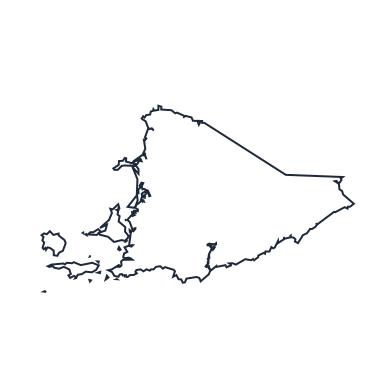 the district of Circular Head, Tasmania, Australia, rotated 263°
{"feature_id": "25037944B64479708811178", "entity_name": "Circular Head", "entity_type": "district", "adm_level": 2, "iso_a3": "AUS", "parent_name": "Australia", "parent_adm1": "Tasmania", "projection": "equal_earth", "projection_center": [144.855, -41.02], "detail": "fine", "context": "isolated", "style": "outline", "palette": "slate", "viewbox_px": 384, "rotation_deg": 263, "n_neighbors": 0, "source": "geoboundaries", "source_scale": "gbopen_adm2", "svg_char_len": 5992}
<svg xmlns="http://www.w3.org/2000/svg" viewBox="0 0 384 384"><g transform="rotate(263 192 192)"><path d="M277.4,164.6L278.9,163.8L277.3,163.2L276.9,160.9L274.0,159.9L273.9,156.0L271.7,154.0L273.1,152.7L270.9,151.0L267.7,154.7L259.9,156.6L260.1,159.9L257.7,161.6L259.8,159.6L259.7,155.9L251.8,151.9L250.2,153.9L250.8,152.5L249.1,151.6L249.6,150.6L240.5,150.9L235.2,147.6L236.3,150.6L234.5,148.9L234.2,149.9L230.0,150.9L233.8,149.8L234.7,147.0L229.7,137.8L228.6,136.8L231.1,145.0L228.7,145.7L229.5,143.4L226.5,141.1L226.0,137.9L226.9,138.6L230.3,130.1L233.4,130.8L234.0,129.5L231.4,127.2L231.6,123.3L227.8,122.5L225.0,116.8L223.5,117.6L223.1,121.1L226.4,125.3L226.6,128.1L224.6,139.8L221.3,141.7L216.6,141.1L224.3,135.9L211.3,139.4L196.7,137.0L197.2,138.7L201.1,139.1L202.5,141.1L204.6,140.8L207.4,143.0L206.8,144.7L203.9,142.8L200.7,143.1L201.0,144.6L198.5,148.5L193.2,150.1L193.0,149.1L198.8,147.9L198.3,145.5L198.0,145.4L197.3,146.2L196.9,146.2L197.6,143.8L196.4,141.9L194.2,141.9L194.7,144.9L193.6,143.7L193.2,144.6L192.6,144.1L192.4,144.4L192.1,144.4L193.0,141.6L190.5,140.4L190.0,142.2L189.4,142.7L189.1,142.8L188.8,142.7L188.9,142.9L188.7,142.9L188.6,143.0L188.3,143.1L189.2,140.7L185.9,135.1L183.3,133.6L181.2,136.2L179.5,135.8L180.4,133.0L178.9,133.3L180.6,131.1L177.4,133.1L179.1,130.1L177.9,130.2L176.1,132.2L175.4,130.0L176.3,129.1L172.2,124.4L169.9,126.5L162.5,128.2L161.5,129.8L162.9,130.5L163.1,131.2L162.7,132.3L162.7,130.5L161.8,130.8L160.2,129.0L160.7,127.4L158.7,126.2L147.6,123.3L146.0,124.4L146.6,126.1L146.4,126.9L145.2,125.2L146.3,122.4L145.3,118.3L140.4,120.5L139.3,117.1L135.7,115.8L134.4,117.0L134.6,120.9L133.7,122.9L132.1,124.5L133.1,115.2L131.7,113.2L127.8,113.1L126.5,111.3L126.8,109.4L128.8,111.2L124.9,102.9L124.6,99.3L122.3,102.9L118.2,104.7L116.8,108.5L119.0,110.4L119.1,112.4L117.6,113.1L117.8,114.5L116.6,114.9L117.4,116.2L115.8,116.4L115.6,117.9L117.1,120.2L116.8,124.0L118.0,127.3L119.7,126.1L121.3,127.3L121.5,131.4L119.2,134.2L120.8,137.3L119.1,140.6L120.2,141.8L119.9,144.5L122.1,147.1L122.2,151.5L119.5,153.7L120.7,156.1L117.0,164.4L115.4,165.4L110.2,163.0L111.4,166.4L107.1,168.0L106.5,170.7L103.1,171.8L103.2,174.0L106.7,175.9L107.1,186.1L105.8,188.8L102.3,189.7L108.3,198.7L112.2,200.7L114.2,199.4L116.0,199.8L115.7,197.4L116.1,196.8L116.7,196.8L117.1,197.0L118.9,199.3L119.9,198.9L122.6,200.0L123.6,199.5L124.2,200.9L125.4,200.4L128.3,201.3L132.9,204.4L132.9,204.9L132.2,205.4L133.3,205.9L133.6,204.7L135.2,203.7L136.8,204.5L136.6,202.7L136.9,202.2L137.5,202.0L137.1,201.2L137.3,200.9L137.8,200.9L138.3,201.7L138.7,203.3L138.1,203.9L137.6,207.3L136.8,208.8L137.2,209.3L137.4,209.1L137.7,209.1L138.2,209.4L138.3,209.6L137.1,209.5L136.7,208.9L138.0,204.0L138.6,203.3L137.6,200.9L137.5,202.1L136.7,202.7L136.9,204.5L133.7,204.9L133.1,206.8L134.0,207.4L134.5,206.8L134.8,206.8L135.0,207.2L134.9,207.5L134.3,208.0L133.8,208.3L134.7,206.9L134.1,207.4L133.2,207.0L132.1,205.5L132.8,204.5L128.4,201.4L124.3,201.1L123.3,199.7L122.5,200.1L118.8,199.5L116.7,197.0L116.2,199.9L114.3,199.7L112.1,201.7L115.6,207.2L114.7,207.3L115.3,216.3L113.1,217.2L114.4,221.7L116.1,221.8L116.2,221.5L116.4,221.4L116.4,220.3L116.6,220.1L116.4,223.4L114.6,226.7L118.8,236.7L117.1,242.4L118.0,244.5L116.7,245.3L119.2,249.7L120.9,250.1L122.8,255.8L121.9,256.9L124.0,257.6L123.5,261.6L127.6,264.1L126.2,265.7L126.9,267.5L133.0,271.4L130.9,271.3L134.3,278.3L134.9,277.7L135.3,277.7L135.3,277.8L134.4,278.5L135.1,285.0L135.3,284.4L135.8,284.2L136.3,284.2L136.6,284.6L135.4,284.4L134.1,287.5L132.5,288.9L130.3,288.1L128.4,291.0L135.7,296.9L137.1,301.2L141.0,304.7L140.6,306.5L142.5,310.4L144.5,312.2L145.2,311.6L145.9,311.6L144.5,312.3L155.0,330.6L154.5,331.7L158.3,341.7L156.6,344.4L158.4,345.0L158.1,347.0L160.6,351.2L171.1,341.7L174.6,341.1L176.7,338.7L182.2,338.8L184.5,336.2L185.4,336.6L184.8,335.9L185.0,335.3L185.2,335.1L185.3,335.0L185.4,336.7L182.4,338.8L185.7,341.8L187.2,341.3L188.5,343.5L197.6,287.2L259.1,212.7L259.5,210.4L261.2,210.7L261.8,207.2L259.7,208.3L257.9,207.0L261.8,206.1L262.6,201.6L266.1,200.6L268.2,195.2L267.6,193.3L268.6,193.5L272.6,186.8L272.2,184.9L275.7,181.5L277.6,171.5L280.4,172.0L281.7,169.2L277.6,168.6L277.4,164.6ZM152.8,116.4L151.5,119.9L152.0,119.8L154.0,122.5L156.1,123.7L160.9,120.7L165.3,121.5L171.7,115.6L176.9,117.2L178.7,115.4L182.2,116.4L183.3,115.1L183.4,117.0L185.6,116.8L183.8,118.0L188.8,117.3L184.4,111.1L185.3,108.9L181.0,110.0L174.4,106.3L167.5,96.3L170.0,103.6L164.3,101.3L162.8,94.6L160.9,95.2L157.8,103.2L151.9,108.5L152.8,116.4ZM135.9,39.9L135.0,41.3L135.5,44.8L133.6,46.1L132.1,50.6L133.3,55.7L130.1,60.8L125.4,61.7L124.3,59.2L121.6,60.6L123.1,64.5L121.4,66.9L123.8,68.6L123.9,72.6L125.9,76.7L124.5,82.8L126.3,87.3L130.5,90.5L133.9,84.4L133.0,72.7L136.7,66.2L135.9,64.2L137.0,59.2L135.6,57.0L136.7,55.6L137.1,44.0L135.9,39.9ZM145.1,50.6L148.0,52.7L149.4,56.7L156.6,60.4L159.7,59.7L165.2,54.3L167.0,54.5L166.3,49.2L170.4,46.1L167.8,42.8L168.9,40.1L167.5,37.5L165.5,39.1L162.2,37.6L159.9,39.1L154.8,36.9L153.3,37.9L154.3,39.6L152.4,40.0L154.6,41.8L153.8,44.2L150.7,47.6L146.1,47.1L145.1,50.6ZM185.1,126.4L183.5,132.1L184.7,134.2L190.5,137.1L195.6,137.0L185.1,126.4ZM162.6,83.5L161.0,92.3L164.2,96.3L166.6,94.3L164.1,89.2L164.5,86.4L162.6,83.5ZM144.3,111.7L143.0,113.0L143.5,114.1L146.2,112.8L144.3,111.7ZM115.7,95.7L117.3,98.6L119.3,97.4L115.7,95.7ZM161.9,125.5L159.8,125.4L159.0,126.0L160.9,126.5L161.9,125.5ZM123.4,88.8L122.7,90.7L123.9,91.1L123.4,88.8ZM133.5,90.6L134.4,90.9L134.6,89.7L133.5,90.6ZM116.6,80.9L117.1,79.5L115.6,79.8L116.6,80.9ZM111.2,32.8L110.6,35.1L111.5,33.7L111.2,32.8ZM151.6,121.3L152.2,120.9L151.3,120.4L151.6,121.3ZM162.8,81.1L162.2,82.0L163.0,81.8L162.8,81.1ZM151.5,120.1L152.8,120.9L152.1,119.9L151.5,120.1ZM164.5,79.1L164.9,79.1L164.7,78.7L164.5,79.1ZM120.6,65.6L120.7,66.3L121.3,66.2L120.6,65.6ZM114.7,106.4L114.6,106.9L114.8,106.7L114.7,106.4ZM172.1,122.5L171.8,122.0L172.0,122.5L172.1,122.5ZM140.7,82.9L140.4,82.7L140.5,83.7L140.7,82.9Z" fill="none" stroke="#1e293b" stroke-width="2"/></g></svg>